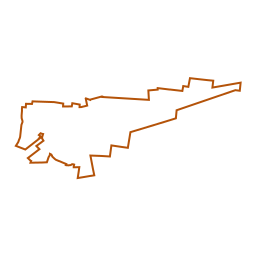 Ucú, Yucatán, Mexico (Natural Earth projection), rotated 91°
{"feature_id": "50627088B57657804580425", "entity_name": "Ucú", "entity_type": "district", "adm_level": 2, "iso_a3": "MEX", "parent_name": "Mexico", "parent_adm1": "Yucatán", "projection": "natural_earth1", "projection_center": [-89.766, 21.088], "detail": "fine", "context": "isolated", "style": "outline", "palette": "amber", "viewbox_px": 256, "rotation_deg": 91, "n_neighbors": 0, "source": "geoboundaries", "source_scale": "gbopen_adm2", "svg_char_len": 1849}
<svg xmlns="http://www.w3.org/2000/svg" viewBox="0 0 256 256"><g transform="rotate(91 128 128)"><path d="M108.9,234.2L110.7,234.4L112.6,234.3L117.4,234.6L120.0,234.5L122.9,233.6L123.9,233.6L126.7,234.6L135.5,235.4L138.7,235.7L139.9,236.0L140.9,236.4L142.1,236.9L143.5,237.3L144.2,237.6L147.8,239.8L151.3,230.3L140.1,216.4L139.9,216.7L139.0,215.7L138.8,215.9L138.5,215.6L137.8,215.4L136.6,217.0L134.8,215.3L135.3,213.9L135.5,212.8L138.7,213.7L139.0,213.7L139.0,214.3L142.2,212.3L147.6,219.3L150.7,216.2L159.8,227.6L162.6,224.6L162.8,224.6L162.8,224.4L164.4,224.9L164.0,213.2L163.7,208.5L158.6,206.9L158.4,206.8L156.9,205.9L156.4,205.7L155.2,205.6L155.6,204.7L156.0,204.1L156.6,203.8L157.0,203.5L157.8,203.3L160.1,200.8L161.0,199.6L161.6,198.1L161.7,197.7L162.0,197.2L162.5,195.6L163.7,192.7L165.1,189.1L166.1,189.6L166.2,189.4L166.3,189.2L166.3,188.1L166.3,187.8L166.3,187.4L166.4,186.8L166.2,185.9L166.1,184.8L165.7,184.0L165.2,183.3L165.2,182.9L165.3,181.9L165.5,181.2L167.3,181.6L168.2,181.6L168.2,180.8L168.2,180.4L168.0,176.0L172.9,176.6L178.9,177.4L177.8,171.3L176.5,164.4L176.5,164.2L175.9,160.9L169.2,162.4L156.2,165.1L156.4,154.7L156.8,145.6L145.7,144.3L147.1,133.6L147.2,132.8L147.8,127.8L142.3,127.0L132.1,125.5L124.5,101.8L121.4,92.2L117.5,80.3L109.4,79.7L106.0,70.3L88.3,21.3L88.8,16.9L86.7,16.7L80.7,16.2L86.1,44.3L79.2,43.6L78.8,48.8L78.0,57.6L77.1,66.9L85.8,68.4L85.1,73.5L90.0,74.3L88.8,86.6L88.8,87.3L87.6,99.0L89.1,99.0L90.1,108.3L99.5,107.6L97.5,153.2L97.4,153.1L96.9,154.6L97.0,154.9L100.2,166.0L100.6,166.2L99.1,170.7L99.2,170.8L106.3,169.2L106.9,171.3L107.5,173.7L107.9,175.1L107.9,176.5L108.0,176.6L108.0,176.8L105.4,176.7L104.2,184.1L107.4,184.6L107.6,193.3L104.7,193.2L104.2,196.7L103.4,202.2L103.1,221.6L103.0,223.9L105.6,224.4L105.6,230.4L109.2,230.6L108.9,234.2Z" fill="none" stroke="#b45309" stroke-width="2"/></g></svg>